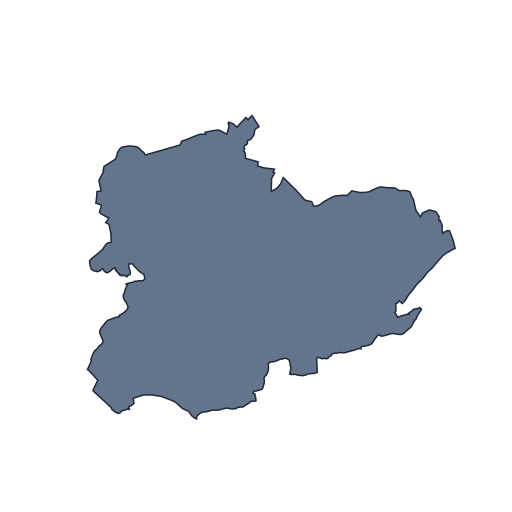 outline of Micestii De Campie, Bistrita-Nasaud, Romania, rotated 344°
{"feature_id": "2599482B41315370322587", "entity_name": "Micestii De Campie", "entity_type": "district", "adm_level": 2, "iso_a3": "ROU", "parent_name": "Romania", "parent_adm1": "Bistrita-Nasaud", "projection": "orthographic", "projection_center": [24.308, 46.848], "detail": "fine", "context": "isolated", "style": "filled", "palette": "slate", "viewbox_px": 512, "rotation_deg": 344, "n_neighbors": 0, "source": "geoboundaries", "source_scale": "gbopen_adm2", "svg_char_len": 6116}
<svg xmlns="http://www.w3.org/2000/svg" viewBox="0 0 512 512"><g transform="rotate(344 256 256)"><path d="M216.1,395.2L216.4,393.6L216.7,391.2L216.6,389.9L217.0,388.3L215.3,386.8L215.7,386.3L216.3,385.7L217.0,385.3L218.7,385.9L220.0,385.8L223.2,385.9L224.5,385.8L225.2,385.6L226.0,385.0L229.1,380.0L229.6,378.2L229.9,376.2L230.1,375.9L230.6,374.7L231.0,374.6L231.7,373.9L232.4,373.5L233.0,373.5L234.4,371.8L235.9,369.9L237.0,367.8L238.1,363.1L239.4,362.2L240.4,362.0L241.6,362.0L243.0,362.4L244.0,362.5L247.1,362.4L252.4,361.7L252.6,362.4L255.5,362.2L257.1,363.0L257.7,363.5L259.2,365.3L259.2,368.3L259.0,369.5L258.7,370.5L258.8,371.5L258.8,372.9L258.5,374.0L256.6,377.1L255.9,379.0L256.7,379.4L261.3,380.7L261.9,381.0L262.6,381.7L267.9,383.9L271.4,384.2L272.8,383.8L274.1,383.8L275.5,384.1L278.0,384.4L278.7,384.9L282.8,384.8L286.1,371.0L287.5,370.3L290.4,372.5L291.5,373.0L293.4,373.3L294.8,373.7L295.4,374.2L297.0,374.3L297.8,373.1L299.0,372.9L300.5,372.8L301.8,371.2L305.4,371.2L308.1,371.9L309.9,371.8L310.4,372.2L311.1,372.3L313.1,373.0L313.6,373.4L322.7,373.5L324.9,373.7L326.9,373.2L329.9,373.5L331.4,374.2L331.4,373.3L332.4,372.2L332.8,372.1L336.5,372.7L339.3,372.8L341.5,372.7L343.3,372.1L348.5,367.7L349.5,367.2L350.3,366.3L352.7,365.5L353.0,365.9L353.0,366.2L354.2,367.6L357.9,368.0L363.7,367.9L366.0,368.1L370.8,370.4L373.3,371.3L374.2,371.4L376.1,371.4L376.9,370.9L380.9,369.0L383.7,367.9L386.4,366.2L389.5,362.8L390.3,362.3L390.7,361.5L392.1,361.1L394.7,357.8L399.3,353.9L400.4,352.7L398.9,350.6L398.0,351.1L397.3,351.1L394.1,350.8L393.3,350.5L390.8,351.7L386.6,353.2L387.1,354.0L382.0,353.6L378.6,353.6L375.2,354.0L374.5,350.5L374.2,349.4L373.6,348.6L374.8,347.8L375.5,347.1L377.0,341.2L377.5,340.2L379.3,340.1L381.3,338.5L383.5,342.0L387.2,339.8L392.3,335.1L394.0,334.1L398.7,330.8L402.8,327.6L409.1,324.2L412.3,322.1L415.1,319.8L418.7,317.7L421.1,316.7L432.1,309.4L434.4,308.2L435.8,306.8L437.1,306.7L440.0,305.5L441.7,305.3L445.5,304.2L449.5,303.6L449.7,300.4L449.8,294.4L449.0,285.2L447.0,284.3L441.7,285.4L442.4,280.5L443.1,279.1L443.5,278.1L443.3,276.0L442.9,274.6L442.9,273.4L442.8,272.5L441.8,272.7L442.0,270.7L442.9,268.5L441.6,264.3L440.9,262.8L435.5,259.5L427.7,260.6L424.9,263.8L422.3,256.3L422.9,245.1L422.2,242.3L421.7,236.8L419.6,235.2L417.8,234.3L411.9,232.7L410.5,231.4L408.8,229.3L407.2,228.5L405.5,227.8L403.2,227.3L400.4,226.3L395.3,224.1L393.3,223.8L386.4,224.6L382.6,225.4L379.0,225.1L373.3,223.6L366.1,219.8L360.2,223.0L358.3,222.2L355.9,221.5L350.2,220.4L348.1,220.1L346.0,220.3L337.7,222.1L335.0,222.9L332.2,224.1L330.8,224.4L329.2,224.6L326.4,224.4L325.2,224.0L324.5,219.1L318.5,215.8L312.7,203.8L303.8,188.1L299.5,193.5L294.6,196.7L288.5,198.1L292.3,185.9L296.9,181.2L295.6,179.9L297.7,177.6L287.8,173.4L282.4,169.9L284.0,166.1L272.8,159.2L273.6,156.4L273.9,154.4L273.8,152.9L273.2,151.7L273.2,151.2L273.4,150.9L274.1,150.5L274.5,150.1L274.7,149.6L274.8,148.9L274.6,147.5L274.8,146.9L275.3,146.7L276.9,146.6L278.3,145.9L278.9,145.1L279.9,142.4L282.1,142.8L284.1,141.7L287.5,138.9L289.6,134.4L290.1,133.9L294.6,132.5L290.9,119.9L285.9,122.7L284.5,120.1L275.4,125.4L273.2,126.9L270.7,122.9L266.8,119.8L265.7,121.0L266.0,122.4L265.7,123.9L264.7,125.9L262.5,129.3L261.4,130.7L256.1,125.6L254.6,124.5L248.3,123.5L241.1,123.1L241.1,125.2L236.6,123.7L234.3,123.6L230.5,123.9L220.8,125.0L218.5,125.0L216.3,125.2L215.6,125.5L215.0,126.8L213.6,128.3L177.4,128.4L176.8,126.0L176.2,124.9L175.0,123.6L174.5,122.2L173.9,121.0L173.0,119.8L171.6,118.3L169.9,117.4L165.8,115.7L164.0,115.2L160.2,114.7L157.0,114.4L154.4,115.6L151.6,118.2L147.9,124.0L134.6,128.0L132.6,131.9L132.7,132.8L129.8,135.9L127.4,138.3L125.8,140.1L125.2,148.9L124.7,150.9L121.0,150.1L117.8,158.5L116.6,161.0L121.3,164.4L121.1,165.3L117.6,170.7L118.8,172.9L123.5,177.6L125.0,178.3L124.7,179.2L122.0,181.6L120.7,182.5L122.2,183.8L123.3,185.1L123.3,185.9L122.7,194.9L122.7,196.1L122.2,196.1L121.8,198.5L121.2,200.3L120.6,202.8L119.7,202.9L117.9,202.6L116.7,202.6L114.3,204.0L110.0,207.6L104.2,210.3L96.8,213.3L94.6,215.0L93.9,219.4L94.1,223.2L95.2,224.8L96.8,226.1L98.1,226.4L99.3,227.5L100.0,227.2L101.1,227.1L102.2,227.3L103.2,226.6L104.7,225.9L105.6,226.9L105.9,228.8L107.3,230.4L108.0,231.0L109.6,231.0L110.4,230.6L111.3,230.6L114.1,229.1L117.3,228.4L117.7,230.2L117.1,230.3L117.3,231.7L117.8,232.1L119.0,234.8L119.5,234.8L119.8,235.2L119.4,235.6L119.6,236.5L120.1,237.1L120.4,236.9L121.8,237.3L121.7,238.1L123.0,238.1L124.6,238.6L125.7,240.2L126.5,240.2L126.9,239.8L127.1,239.2L129.4,239.3L130.4,238.3L130.6,237.5L130.8,234.4L130.8,230.6L131.5,228.6L135.2,229.5L135.8,231.5L139.2,237.9L140.5,239.8L142.2,241.7L143.2,243.4L143.2,244.3L142.9,245.8L142.7,247.7L141.6,248.0L140.8,248.5L138.6,248.2L136.8,247.5L135.5,247.3L134.0,247.4L132.6,246.8L130.9,247.3L130.1,247.3L129.3,247.1L125.7,247.0L123.4,247.2L124.5,248.6L122.9,249.9L122.3,250.7L121.4,251.6L120.0,253.7L119.7,254.7L117.8,256.7L117.3,257.7L117.1,260.5L117.4,262.3L118.5,265.7L118.9,267.7L118.9,268.8L118.6,270.6L117.9,271.4L116.1,272.7L114.4,273.5L112.2,274.4L108.1,275.4L108.0,276.7L104.1,276.3L95.3,277.0L94.4,277.8L92.4,278.9L91.5,279.7L88.0,282.0L85.8,284.1L84.8,285.8L84.6,287.3L85.1,291.9L85.6,294.6L85.4,296.1L83.9,297.7L82.8,298.3L79.9,299.5L78.8,300.7L76.7,301.9L75.2,302.4L73.4,304.0L72.1,305.4L68.8,310.0L68.5,311.9L62.6,318.8L63.9,319.6L64.0,320.7L66.5,325.2L68.6,329.8L69.8,331.9L68.7,332.8L62.5,339.9L62.2,340.7L75.0,361.7L75.2,363.8L77.6,367.2L80.3,369.4L82.1,369.3L83.7,368.2L85.3,367.9L86.9,368.0L87.4,367.8L89.6,367.8L90.9,367.9L91.4,368.4L92.0,368.5L92.1,365.7L94.9,365.4L98.1,364.1L98.7,358.9L109.9,358.6L118.6,361.1L120.8,362.4L125.1,364.3L127.2,365.5L132.9,369.9L134.6,371.1L137.6,373.6L140.2,377.3L143.0,382.0L148.6,387.1L149.4,389.7L150.4,392.3L152.2,394.7L153.9,396.2L155.0,393.8L157.6,392.3L160.3,391.4L162.8,391.5L164.9,392.0L166.5,392.1L171.3,392.1L177.4,393.8L179.3,393.9L182.3,393.8L186.3,394.2L189.4,395.9L191.8,396.7L194.4,397.2L195.0,397.1L195.1,396.9L197.0,396.6L199.5,396.9L201.1,397.3L201.2,397.6L207.9,395.8L211.2,394.5L211.9,394.4L214.7,395.2L216.1,395.2Z" fill="#64748b" stroke="#1e293b" stroke-width="1.5"/></g></svg>